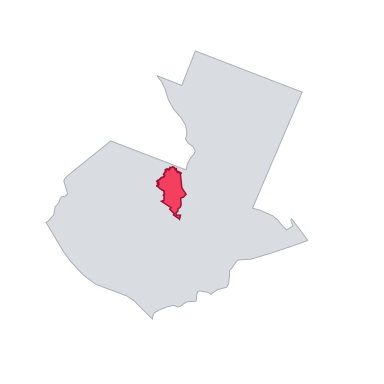 location of Cobán, Alta Verapaz, Guatemala, rotated 21°
{"feature_id": "79465075B25337893511969", "entity_name": "Cobán", "entity_type": "district", "adm_level": 2, "iso_a3": "GTM", "parent_name": "Guatemala", "parent_adm1": "Alta Verapaz", "projection": "mercator", "projection_center": [-90.634, 15.685], "detail": "fine", "context": "in_parent", "style": "filled", "palette": "rose", "viewbox_px": 384, "rotation_deg": 21, "n_neighbors": 0, "source": "geoboundaries", "source_scale": "gbopen_adm2", "svg_char_len": 5885}
<svg xmlns="http://www.w3.org/2000/svg" viewBox="0 0 384 384"><g transform="rotate(21 192 192)"><path d="M66.5,272.6L68.1,270.9L69.5,267.1L71.2,263.1L70.2,258.6L69.6,254.9L71.5,249.5L71.3,245.5L72.2,243.0L75.1,241.4L76.6,238.3L68.4,227.7L68.4,225.3L69.5,222.3L76.1,210.9L83.9,197.4L92.6,182.5L97.7,173.5L116.7,173.5L129.2,173.5L145.2,173.5L162.5,173.5L173.8,173.5L178.5,173.4L177.7,167.5L178.3,161.1L180.4,155.2L180.4,152.6L177.0,149.4L170.5,147.6L166.8,144.8L166.8,141.2L165.2,136.9L162.0,131.9L155.4,126.7L145.4,121.4L136.9,114.3L129.8,105.4L123.9,99.7L119.3,97.3L118.2,96.0L131.6,96.1L144.3,96.2L144.4,83.4L144.5,72.1L144.6,59.2L167.6,59.2L195.0,59.2L223.5,59.3L245.9,59.3L259.0,59.3L258.4,75.2L257.7,93.7L257.2,107.2L256.5,125.3L255.8,143.7L254.9,168.8L254.3,185.0L254.6,185.4L262.0,184.6L273.1,185.3L275.8,185.2L279.2,186.6L281.8,187.1L287.4,190.7L294.0,193.5L298.2,187.9L296.0,184.6L294.3,182.8L294.6,181.3L317.5,195.8L314.8,198.0L309.0,203.1L298.4,211.9L288.9,219.7L279.8,226.8L271.6,233.2L270.6,233.9L260.2,238.4L258.5,240.5L256.2,249.6L255.2,251.8L257.1,256.8L259.0,264.5L258.4,268.6L251.2,273.6L247.9,278.0L246.4,280.9L245.1,280.2L242.9,280.0L237.8,281.1L235.3,281.3L233.2,282.6L233.0,285.4L234.4,289.9L234.9,292.2L233.4,293.3L227.1,296.0L224.6,298.7L222.2,302.8L219.4,304.6L216.5,304.3L214.5,304.9L210.1,308.0L203.5,314.0L200.0,318.5L199.9,321.8L200.6,324.8L176.5,314.2L168.5,312.4L134.7,312.6L120.2,308.4L103.7,300.4L92.6,293.1L66.5,272.6Z" fill="#d9dde1" stroke="#a8b0b8" stroke-width="1"/><path d="M166.7,211.6L168.2,211.9L168.5,212.0L169.5,212.2L169.7,212.3L170.4,212.4L172.4,212.8L174.2,213.2L175.3,213.5L176.5,213.7L178.0,214.0L177.8,214.9L177.3,215.9L177.3,216.0L181.9,218.0L183.0,218.4L183.1,218.5L182.8,220.0L185.6,220.7L186.4,220.9L188.5,221.4L189.4,221.6L189.9,221.7L190.0,221.8L190.0,220.5L189.9,220.1L189.9,219.9L189.7,218.7L189.6,217.8L188.8,218.0L187.4,218.6L185.9,219.2L185.6,218.8L185.0,218.2L184.6,217.8L184.5,217.7L184.9,216.5L185.6,215.0L185.7,214.8L185.6,214.7L185.1,213.3L185.0,213.1L185.0,212.9L186.0,211.1L186.4,210.4L186.4,207.8L186.0,206.8L183.6,201.8L185.7,199.9L185.9,199.7L187.3,196.2L186.7,195.8L182.3,192.7L182.0,192.5L181.1,191.9L181.0,191.7L179.6,189.0L178.2,186.2L177.2,184.2L176.5,183.0L176.3,182.3L176.0,181.8L175.3,180.4L174.7,179.2L174.5,179.3L174.3,179.2L174.6,179.1L174.8,179.0L175.1,178.7L175.2,178.3L175.2,178.2L174.9,178.2L174.8,178.3L174.7,178.6L174.2,178.6L173.9,178.8L173.7,178.7L173.9,178.4L174.0,178.3L174.0,178.0L173.9,178.0L173.8,177.9L173.7,177.9L173.6,178.0L173.4,178.5L173.2,178.5L173.3,178.2L173.2,177.9L172.9,177.9L172.7,178.3L172.5,178.5L172.5,178.3L172.4,178.1L172.2,177.8L172.1,177.7L171.9,177.8L171.9,178.3L171.7,178.3L171.5,178.5L171.4,178.7L171.3,178.8L171.2,178.8L171.1,178.7L171.2,178.4L171.1,178.2L170.9,178.2L170.7,178.4L170.4,178.4L170.3,178.1L170.4,177.9L170.4,177.7L170.0,177.5L169.8,177.2L169.6,177.2L169.4,177.1L168.6,177.3L168.3,177.3L168.3,177.2L168.4,176.9L168.6,176.9L169.1,176.9L169.3,176.6L169.2,176.0L169.1,175.8L169.0,175.7L168.9,175.7L168.7,175.8L168.4,176.1L168.1,176.5L167.9,176.5L167.6,176.3L167.1,175.8L166.9,175.5L166.6,175.5L166.2,175.7L165.7,175.6L165.7,175.4L165.4,175.5L165.1,175.7L164.7,175.5L164.4,175.9L164.3,176.1L164.2,176.3L163.9,176.5L163.7,176.7L163.3,176.8L163.0,176.9L162.9,176.9L162.7,176.8L162.6,177.0L163.0,177.7L163.0,177.8L163.0,178.0L163.0,178.4L163.0,178.5L162.7,178.3L162.2,178.4L162.2,178.8L162.2,179.1L162.6,179.5L162.5,179.9L162.2,179.9L161.8,179.8L161.6,179.6L161.3,179.4L161.0,179.2L160.7,179.2L160.4,179.2L160.4,179.3L160.3,179.5L160.4,179.8L160.4,180.0L160.2,180.3L159.9,180.3L159.7,180.2L159.2,180.4L159.1,180.5L159.0,181.0L159.4,181.1L159.6,181.4L159.7,181.8L159.8,181.8L160.1,181.7L160.3,181.7L160.5,181.8L160.5,182.0L160.5,182.4L160.3,182.7L159.7,183.1L159.5,183.3L159.4,183.6L159.4,184.1L159.4,184.5L159.0,185.3L159.0,185.7L159.3,185.8L159.4,185.7L159.8,185.5L160.0,185.5L160.3,185.7L160.4,185.9L160.4,186.4L160.3,186.5L160.2,186.6L160.4,186.8L160.5,186.8L160.8,187.0L160.7,187.4L160.4,187.7L160.4,187.9L160.3,188.0L160.1,188.0L160.1,188.4L159.8,188.4L159.7,188.4L159.6,188.6L159.5,188.8L159.4,189.0L159.3,188.9L159.2,188.8L158.9,188.8L158.5,189.0L158.4,189.2L158.3,189.5L158.1,189.7L158.1,190.0L157.8,190.1L157.7,190.2L157.7,190.3L157.7,190.5L157.6,190.8L157.5,191.0L157.8,191.2L157.8,191.3L157.7,191.4L157.6,191.5L157.4,191.9L157.2,191.9L157.1,192.0L156.8,192.3L156.7,192.8L156.1,193.0L155.9,193.1L155.8,193.3L155.7,194.1L155.4,194.2L155.2,194.4L155.1,194.5L155.4,194.8L155.9,195.0L156.2,195.0L156.3,194.9L156.5,194.6L156.9,194.6L157.2,194.8L157.4,194.8L157.5,195.2L157.7,195.9L157.8,196.0L157.7,196.0L157.4,196.2L157.2,196.2L156.9,196.1L156.7,196.2L156.6,196.3L156.8,196.5L157.2,196.4L157.3,196.4L157.5,196.4L157.7,196.9L158.0,197.1L158.2,197.3L158.2,197.5L158.0,197.4L157.8,197.5L157.1,198.1L156.8,198.7L156.8,199.0L157.0,199.1L157.5,199.1L158.0,199.2L158.5,199.4L158.8,199.5L159.0,199.6L159.8,199.8L160.1,200.0L160.3,200.1L160.6,200.2L161.0,200.3L161.3,200.4L161.6,200.4L161.9,200.5L162.2,200.5L162.3,200.5L162.5,200.6L162.8,200.7L163.0,200.7L163.0,200.8L163.2,201.0L163.4,201.0L163.5,201.0L163.8,200.9L164.0,200.9L164.7,200.9L164.9,200.9L165.4,201.0L165.5,201.0L165.2,201.4L165.2,201.5L165.3,201.6L165.5,201.7L165.9,201.8L166.1,202.0L166.1,202.3L166.1,202.6L166.2,202.9L166.5,203.1L166.6,203.4L166.8,203.4L167.1,203.5L167.0,203.8L167.1,204.0L167.0,204.4L166.9,204.6L166.5,204.8L166.3,205.0L166.3,205.3L166.5,205.5L166.8,205.7L166.9,205.8L167.3,205.8L167.5,205.9L167.6,206.0L167.8,206.5L168.0,206.7L168.0,206.9L168.1,207.0L168.1,207.4L168.1,207.5L168.1,207.8L168.3,207.8L168.4,208.2L168.5,208.5L168.5,208.9L168.7,209.5L168.6,209.9L168.7,210.1L168.7,210.3L168.3,210.5L168.2,210.6L168.2,210.8L167.8,210.6L167.7,210.6L167.6,210.9L167.4,211.0L167.2,211.3L167.0,211.5L166.8,211.5L166.7,211.6Z" fill="#f43f5e" stroke="#9f1239" stroke-width="1.5"/></g></svg>